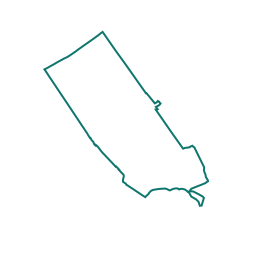 the district of Beciu, Teleorman, Romania, rotated 249°
{"feature_id": "2599482B82424000393547", "entity_name": "Beciu", "entity_type": "district", "adm_level": 2, "iso_a3": "ROU", "parent_name": "Romania", "parent_adm1": "Teleorman", "projection": "mercator", "projection_center": [24.654, 44.01], "detail": "fine", "context": "isolated", "style": "outline", "palette": "teal", "viewbox_px": 256, "rotation_deg": 249, "n_neighbors": 0, "source": "geoboundaries", "source_scale": "gbopen_adm2", "svg_char_len": 2177}
<svg xmlns="http://www.w3.org/2000/svg" viewBox="0 0 256 256"><g transform="rotate(249 128 128)"><path d="M48.8,180.6L49.1,181.3L49.3,182.0L49.5,182.8L49.6,183.6L50.8,183.8L52.6,183.5L54.2,183.1L57.1,183.7L58.9,183.5L61.5,183.8L63.8,185.0L86.2,183.0L87.0,182.3L87.8,181.9L88.3,181.8L88.3,179.2L87.9,178.7L88.4,176.4L89.0,174.1L89.0,172.0L108.1,167.1L133.9,160.8L135.2,160.5L134.9,161.5L134.9,162.4L137.7,161.6L138.1,165.0L138.8,166.6L139.3,167.2L140.6,166.5L141.3,166.5L142.5,165.6L141.7,164.0L141.4,161.9L143.8,161.1L154.0,157.7L154.0,157.2L165.4,154.3L191.1,147.8L204.5,144.2L216.3,141.3L226.8,138.7L226.1,136.1L225.8,135.2L225.4,134.1L223.2,125.8L221.1,117.4L219.3,110.3L219.1,109.6L218.2,106.5L216.7,100.2L216.1,97.3L216.0,96.6L215.9,95.4L215.7,92.7L214.6,84.7L214.2,82.4L214.0,81.3L213.9,80.8L213.9,80.4L213.8,80.0L213.7,79.0L213.7,78.7L213.6,78.3L213.5,77.8L213.5,77.2L213.4,76.8L213.3,76.4L213.0,74.5L212.9,73.2L212.8,72.2L212.7,72.2L212.6,71.5L212.6,71.0L211.2,71.4L207.1,72.3L206.9,72.3L172.1,80.2L157.4,83.5L144.9,86.3L144.1,86.5L139.2,87.6L137.6,88.0L137.1,88.0L136.7,88.1L134.4,88.5L132.1,89.0L132.1,89.4L130.8,89.6L130.3,89.7L129.6,89.7L129.1,89.9L128.3,90.3L127.8,90.5L127.4,90.7L126.2,90.6L125.9,90.6L124.7,90.7L123.2,91.5L123.7,91.9L121.7,93.0L117.6,94.2L117.0,94.4L115.8,94.7L113.6,95.5L111.2,96.6L110.3,96.9L104.3,99.4L96.2,102.7L96.4,103.1L92.4,104.8L92.3,104.4L91.8,104.6L85.9,107.1L84.7,106.9L83.5,106.2L81.6,104.8L80.1,104.2L79.5,104.1L76.8,106.0L75.8,106.1L69.4,110.7L67.4,112.1L60.3,117.1L57.3,119.3L57.5,119.7L58.5,122.1L58.7,122.6L58.8,123.0L59.0,123.3L59.8,124.4L60.2,125.0L60.8,126.4L61.2,127.6L61.1,128.0L61.3,128.9L60.4,133.3L59.9,135.4L59.3,137.4L59.0,138.4L58.6,139.5L58.3,140.7L57.8,141.5L56.8,142.7L54.8,144.5L54.8,146.2L55.0,147.9L54.8,149.6L54.6,150.6L54.0,152.3L53.2,153.2L52.3,153.7L52.4,154.9L52.1,156.0L51.6,157.1L50.7,158.4L49.8,159.4L48.5,160.2L47.4,160.9L46.6,161.7L41.3,162.5L36.8,166.1L33.8,167.4L29.7,167.2L29.2,168.9L35.5,173.8L37.2,173.2L40.4,170.6L42.3,168.9L43.1,168.2L45.4,166.1L46.3,164.2L46.7,162.2L48.6,165.4L48.7,172.6L48.7,174.0L48.8,179.9L48.8,180.6L48.8,180.6Z" fill="none" stroke="#0f766e" stroke-width="2"/></g></svg>